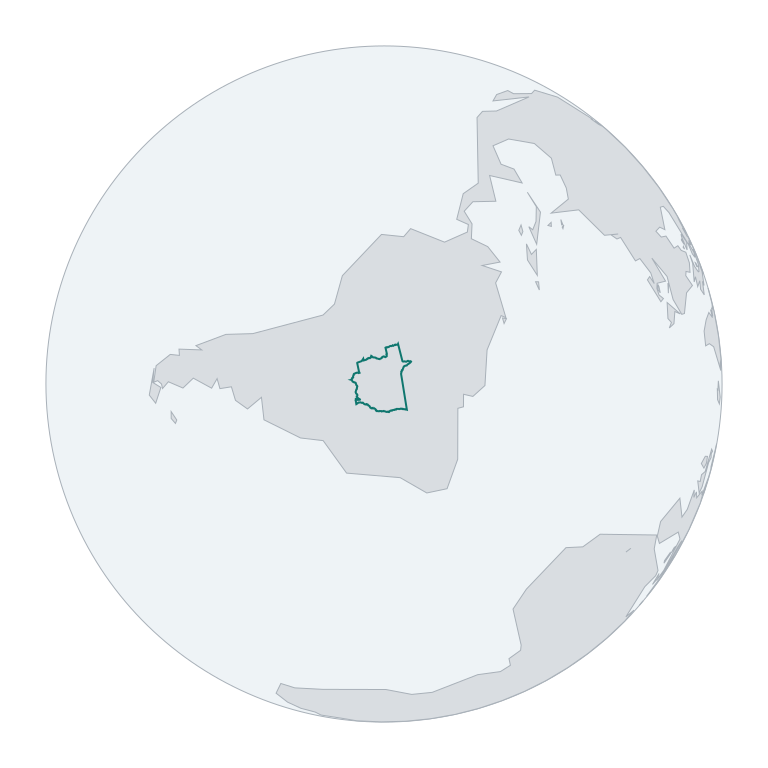 globe centered on Mato Grosso, rotated 77°
{"feature_id": "BRA-602", "entity_name": "Mato Grosso", "entity_type": "State", "adm_level": 1, "iso_a3": "BRA", "parent_name": "Brazil", "parent_adm1": "", "projection": "orthographic", "projection_center": [-55.436, -12.685], "detail": "fine", "context": "on_globe", "style": "outline", "palette": "teal", "viewbox_px": 768, "rotation_deg": 77, "n_neighbors": 0, "source": "natural_earth", "source_scale": "10m", "svg_char_len": 11066}
<svg xmlns="http://www.w3.org/2000/svg" viewBox="0 0 768 768"><g transform="rotate(77 384 384)"><circle cx="384" cy="384" r="338" fill="#eef3f6" stroke="#a8b0b8"/><path d="M278.9,62.8L279.6,62.7L286.1,60.6L291.5,59.5L301.0,57.0L299.0,58.2L308.4,55.4L308.4,55.0L312.6,53.9L318.2,52.7L316.6,53.5L313.5,54.2L315.9,53.9L312.7,55.0L317.5,53.9L314.8,55.7L325.7,52.4L330.5,52.6L326.5,54.3L316.1,56.1L281.0,67.8L273.7,71.9L273.9,75.0L296.8,75.6L293.2,80.1L296.3,84.7L303.2,80.8L303.3,76.0L316.9,70.8L315.4,66.6L320.7,64.3L323.5,60.3L334.6,59.2L344.0,60.7L342.3,64.4L346.3,65.6L357.4,61.3L363.2,68.7L382.9,75.4L383.1,78.2L366.7,83.3L342.9,84.0L321.6,94.7L347.1,86.5L347.3,95.2L352.2,96.6L359.1,96.0L363.6,92.5L366.1,95.7L341.8,103.9L339.1,101.0L346.9,98.1L335.7,99.1L319.3,106.5L320.6,111.3L294.4,120.5L295.1,124.4L289.7,129.3L290.5,122.1L288.7,135.7L258.1,155.1L255.1,182.7L245.3,162.8L234.0,162.3L220.0,165.3L219.1,169.6L201.7,170.1L183.5,183.4L173.3,207.5L176.4,224.2L196.2,220.5L203.8,209.0L219.2,204.2L204.6,234.2L231.1,233.9L226.4,256.4L233.7,267.0L247.8,262.2L262.1,266.2L273.5,252.0L291.3,243.5L290.6,261.7L301.2,244.3L310.6,252.5L346.7,250.3L343.7,254.5L374.0,275.9L408.2,286.0L416.1,300.2L411.9,308.8L424.1,311.7L424.3,317.5L473.9,329.1L500.2,346.1L499.8,366.8L478.9,389.3L462.4,440.5L425.5,456.0L417.8,477.5L391.9,509.0L369.4,506.4L377.6,522.6L366.5,532.4L352.4,533.3L351.6,544.9L341.2,545.4L349.3,552.9L335.4,568.5L342.7,580.8L333.3,593.6L338.6,600.8L333.9,600.8L329.8,603.8L330.5,608.0L314.9,601.9L307.1,585.6L310.1,576.9L303.9,575.9L309.8,553.9L304.3,558.6L300.1,526.9L305.4,500.5L303.1,427.9L295.0,414.3L269.1,400.2L237.7,352.8L244.9,331.7L238.6,323.1L259.4,293.1L254.7,268.6L247.6,265.9L239.9,276.1L216.4,264.0L209.5,247.0L145.3,233.4L140.5,226.7L143.3,213.0L136.9,178.1L132.7,214.1L127.3,209.1L125.9,197.4L130.3,192.5L134.2,174.9L131.6,171.1L143.5,150.4L173.3,120.8L172.0,122.9L179.3,116.5L181.4,113.9L181.0,113.9L186.1,110.1L207.8,95.6L230.7,82.9L254.4,71.9L278.9,62.8ZM251.7,192.9L282.2,203.8L263.3,207.5L267.2,204.4L259.8,199.3L245.5,195.7L229.4,201.2L251.7,192.9ZM268.9,175.1L263.5,174.7L269.0,173.9L268.9,175.1ZM179.7,114.8L180.7,114.4L176.3,118.7L174.7,119.3L179.7,114.8ZM317.2,61.3L320.2,60.8L318.1,61.8L317.2,61.3ZM315.5,60.2L310.8,61.8L309.3,61.6L312.2,60.6L315.5,60.2ZM321.6,58.5L307.2,61.0L304.7,60.8L313.6,57.2L321.6,58.5ZM306.0,55.4L306.2,55.8L300.9,56.7L306.0,55.4ZM303.9,55.7L301.6,56.4L287.0,60.3L303.9,55.7ZM317.1,52.8L313.8,53.5L309.1,54.5L310.1,54.3L317.1,52.8ZM326.9,50.9L330.0,50.4L318.6,52.6L319.5,52.3L323.5,51.5L326.9,50.9ZM348.5,48.5L342.8,49.1L343.3,48.8L348.5,48.5ZM345.0,48.3L347.8,48.0L347.7,48.1L335.9,49.5L345.0,48.3ZM342.0,615.2L316.8,604.4L330.4,609.0L337.2,602.2L351.4,610.8L342.0,615.2ZM363.0,597.6L372.5,594.0L375.5,596.1L369.7,599.1L363.0,597.6ZM636.6,159.5L636.3,159.2L647.0,171.9L649.9,175.8L632.9,156.2L627.6,150.2L603.6,129.0L609.1,134.7L632.1,155.6L629.0,153.0L636.6,162.6L628.4,153.2L601.7,130.5L594.5,130.6L601.3,151.5L593.7,151.9L580.2,145.4L561.8,121.4L580.7,123.6L574.4,116.7L557.0,105.5L564.2,107.6L559.4,103.8L565.2,104.9L560.0,98.2L563.9,99.3L548.9,89.5L548.8,89.1L557.7,94.7L565.9,99.8L571.1,102.6L594.5,119.7L616.4,138.7L636.6,159.5ZM562.5,97.1L540.6,84.6L538.2,84.0L522.1,75.8L516.9,73.3L540.2,84.3L562.5,97.1ZM706.0,486.4L702.0,495.9L692.4,519.8L688.2,524.8L681.3,537.9L672.3,549.5L661.0,558.7L652.6,551.9L660.0,539.3L667.8,512.2L682.1,450.9L692.7,426.8L695.3,406.4L688.3,358.1L690.4,335.3L686.5,324.1L679.7,324.0L674.2,310.8L669.3,309.1L632.3,308.9L615.9,291.4L584.4,243.5L587.4,226.9L579.0,207.2L592.5,152.2L605.4,157.8L627.4,159.0L631.9,162.4L640.1,175.4L665.3,200.7L660.6,191.2L669.2,202.8L681.7,224.1L692.5,246.1L701.7,268.9L709.3,292.4L715.1,316.3L719.1,340.5L721.4,365.0L721.9,389.6L720.6,414.2L717.5,438.6L712.6,462.7L706.0,486.4ZM599.6,180.4L602.1,185.9L602.1,186.0L599.6,180.4ZM347.9,250.0L352.1,253.4L346.3,253.7L347.9,250.0ZM259.9,214.7L266.7,214.4L270.0,216.7L264.6,218.1L259.9,214.7ZM319.2,210.4L327.4,211.5L318.5,213.3L319.2,210.4ZM287.1,205.3L312.6,210.2L295.4,216.3L279.5,213.7L290.9,211.2L287.1,205.3ZM264.1,184.8L268.1,185.5L266.4,188.6L264.1,184.8ZM272.9,174.7L271.2,175.1L269.5,173.0L272.9,174.7ZM348.7,94.7L350.7,94.2L357.3,94.3L353.6,95.8L348.7,94.7ZM390.4,87.9L393.6,93.4L388.7,90.1L384.1,92.6L368.3,89.8L382.4,79.5L378.8,84.3L390.4,87.9ZM351.0,84.4L359.5,86.5L349.6,84.7L351.0,84.4ZM527.3,85.1L533.6,87.6L537.9,91.2L532.9,92.7L526.7,87.2L527.3,85.1ZM541.6,90.8L521.2,79.4L523.4,79.0L525.6,80.9L529.2,81.8L533.6,85.4L555.8,97.2L561.0,101.4L549.0,100.1L550.1,97.8L543.8,95.0L541.6,90.8ZM464.9,60.0L456.1,57.5L472.4,59.4L478.8,61.7L474.3,62.5L464.1,60.4L464.9,60.0ZM340.1,52.8L335.7,53.5L336.2,53.0L340.3,52.0L340.1,52.8ZM345.8,48.8L360.0,50.0L355.6,50.6L369.2,51.9L362.9,54.2L354.4,53.1L359.7,56.4L349.5,56.4L354.4,58.8L336.0,56.1L327.0,57.0L339.4,54.9L345.4,52.5L345.3,51.8L338.2,50.8L321.9,52.6L325.2,51.4L331.9,50.2L336.3,49.6L332.8,50.3L341.3,49.0L339.5,49.7L345.8,48.8ZM436.8,50.2L437.8,50.4L435.3,50.1L440.5,51.1L436.3,50.5L446.1,52.5L437.6,51.0L439.6,51.8L446.7,52.8L421.8,54.4L417.9,57.9L419.2,62.0L404.5,60.2L394.0,55.7L387.4,51.4L393.2,49.0L385.5,49.1L386.1,48.3L391.9,48.5L383.3,47.7L385.3,47.2L379.4,46.3L365.6,46.6L363.5,46.7L388.0,46.1L412.5,47.3L436.8,50.2ZM630.5,158.6L632.8,160.1L634.9,161.0L639.7,167.5L630.5,158.6ZM612.6,143.0L613.7,142.9L621.6,151.5L619.2,150.4L612.6,143.0ZM607.6,136.0L613.2,142.2L608.8,138.2L607.6,136.0ZM558.1,94.7L558.5,94.7L561.1,96.3L564.0,98.3L558.1,94.7ZM657.0,184.9L654.7,182.0L653.5,180.2L656.5,184.2L657.0,184.9Z" fill="#d9dde1" stroke="#a8b0b8" stroke-width="1"/><path d="M366.9,405.6L357.5,405.4L357.3,405.3L357.2,405.1L356.7,400.9L356.7,400.7L355.0,398.8L354.7,398.5L356.5,398.5L356.5,398.4L356.3,395.7L356.0,395.4L355.9,395.2L356.0,395.2L356.0,394.9L355.8,394.5L355.7,394.0L355.4,393.8L355.3,393.7L355.3,393.2L355.2,393.0L355.3,392.6L355.5,392.5L355.7,391.9L355.6,391.7L355.4,391.5L355.3,391.4L355.2,390.8L354.6,390.7L354.2,390.4L353.7,390.1L354.1,389.7L355.1,389.0L355.5,388.8L355.7,388.6L355.8,387.7L356.3,386.8L356.3,386.4L356.7,385.9L356.9,385.8L357.3,385.7L357.5,385.4L357.8,384.4L358.3,383.8L358.8,382.6L358.7,382.5L358.5,382.1L358.4,381.7L358.4,380.9L358.1,380.5L357.8,379.7L357.6,379.6L357.4,379.7L357.2,379.3L357.2,379.0L357.1,378.7L357.0,378.2L357.1,377.8L357.6,377.4L357.7,377.2L357.8,376.9L358.1,376.7L357.9,375.9L357.8,375.5L357.6,375.1L357.2,375.0L356.8,374.9L356.5,375.0L356.2,374.9L355.9,374.8L355.5,375.0L355.1,374.7L355.1,374.4L349.1,374.4L348.9,374.4L348.8,374.2L348.9,373.7L348.8,373.2L349.0,373.2L349.1,372.8L349.1,372.7L348.9,372.6L349.1,371.1L348.8,370.7L348.5,370.1L348.5,369.7L348.4,369.4L348.4,368.9L348.7,368.5L348.6,368.2L348.7,367.8L348.6,367.2L348.4,367.0L348.7,366.8L348.9,366.4L348.7,366.0L348.5,365.4L348.5,365.1L348.4,364.9L348.2,364.7L348.2,364.3L348.2,364.1L348.6,364.0L348.6,363.9L348.4,363.5L348.4,363.3L348.6,362.7L348.8,362.1L348.7,361.8L348.1,361.3L365.9,360.9L366.3,360.6L366.4,360.2L366.6,359.7L366.5,359.0L366.7,358.7L366.9,358.2L367.1,357.9L367.1,357.7L367.3,357.1L367.1,356.5L366.8,355.8L366.8,355.4L367.0,355.2L367.3,354.9L367.4,354.6L367.7,354.3L367.8,354.0L367.7,353.6L367.7,353.1L368.2,352.6L368.7,353.0L369.1,353.7L369.4,354.3L369.6,354.7L369.7,355.1L370.0,355.7L370.0,356.1L370.2,356.4L370.3,356.7L370.6,357.1L370.7,357.3L371.1,357.7L371.1,357.8L371.0,358.4L371.0,358.8L370.9,359.1L371.1,359.4L371.1,359.7L371.1,360.0L371.3,360.3L371.4,360.8L371.5,360.9L372.1,361.1L372.7,361.6L372.8,361.8L373.1,362.0L374.4,362.6L374.4,362.8L374.5,363.0L374.5,363.5L374.8,363.7L375.3,363.7L375.8,363.9L376.0,364.1L376.1,364.5L376.8,364.5L377.0,364.6L377.3,364.7L377.5,364.9L378.0,365.1L386.0,365.6L408.0,367.1L414.2,367.5L413.9,368.0L413.8,368.6L413.4,369.0L413.2,369.3L413.3,369.7L413.1,370.2L413.0,370.5L412.6,370.9L412.6,371.3L412.4,371.5L412.5,371.7L412.4,371.8L412.3,372.0L412.2,372.0L412.0,372.3L412.1,372.6L412.1,372.9L412.0,373.1L411.8,373.3L411.9,373.6L411.8,373.9L411.9,374.7L411.9,374.8L411.7,374.9L411.6,375.2L411.5,375.8L411.4,376.1L411.1,377.1L411.1,377.3L411.3,377.6L411.6,377.8L411.6,378.2L411.3,378.5L411.2,378.7L411.3,378.9L411.4,379.4L411.6,379.6L411.5,379.8L411.5,380.0L411.4,380.2L411.4,380.5L411.4,381.3L411.6,381.6L411.7,381.8L411.7,382.0L411.7,382.8L411.6,383.2L411.5,383.5L411.5,383.8L411.4,383.7L411.4,383.8L411.6,384.1L411.8,385.0L412.0,385.0L412.4,385.2L412.5,385.4L412.3,385.9L412.3,386.0L412.0,386.2L412.0,386.3L411.8,386.5L411.9,386.8L411.8,387.3L411.9,387.5L411.7,387.9L411.4,388.3L411.3,388.7L410.8,389.2L410.7,389.7L410.6,390.1L410.4,390.2L410.2,390.3L410.2,390.9L410.3,391.2L410.2,391.5L410.1,391.8L410.2,392.2L410.2,392.4L410.2,392.5L409.8,392.7L409.8,392.9L409.6,393.4L409.5,393.7L409.5,393.9L409.3,394.3L409.5,394.9L409.4,395.2L409.4,395.3L409.2,395.7L409.1,395.8L408.9,396.3L408.9,396.7L408.7,396.8L408.7,397.2L408.5,397.3L408.3,397.6L407.9,397.9L407.7,397.9L407.5,397.7L407.4,397.6L406.9,397.8L406.7,398.0L406.3,398.2L406.0,398.6L405.8,398.7L405.5,398.9L405.5,399.0L405.5,399.4L405.4,399.5L405.4,400.0L405.2,400.2L405.2,400.6L404.9,400.9L404.9,401.0L404.7,400.9L404.7,401.0L404.8,401.2L404.8,401.4L404.5,402.0L404.3,402.3L404.2,402.5L403.7,402.5L403.3,402.9L402.6,403.0L402.2,403.1L401.7,403.6L401.6,403.9L401.4,403.9L401.0,404.1L400.9,404.3L400.4,404.5L400.4,405.0L399.8,405.2L399.6,405.4L399.6,405.8L399.9,406.1L399.8,406.7L399.5,407.1L399.4,407.4L398.8,408.0L398.0,408.4L397.6,408.7L397.7,408.8L397.5,409.4L397.5,409.7L397.4,409.9L397.3,410.0L397.0,410.4L396.8,410.8L396.6,411.0L396.6,411.6L396.5,411.9L396.5,412.4L396.4,412.5L396.3,413.0L396.4,413.3L396.9,414.1L397.1,414.7L397.4,415.5L396.8,415.5L396.0,415.3L395.3,415.3L395.2,415.4L394.3,415.3L393.6,415.4L393.4,415.3L392.8,415.0L392.4,414.9L392.2,414.9L392.1,414.7L392.5,414.2L392.7,413.8L392.8,413.6L393.4,413.3L393.5,413.3L393.7,412.4L393.7,412.0L393.9,411.3L393.9,411.0L393.8,410.9L393.4,411.0L393.1,411.3L392.9,411.6L392.4,412.1L391.8,412.5L391.6,412.9L391.3,413.1L391.0,413.1L390.7,413.2L390.2,413.4L389.9,413.4L389.7,412.8L389.1,412.5L388.7,412.4L388.2,412.5L387.8,412.6L387.7,412.7L387.5,413.0L386.9,413.3L386.6,413.3L386.0,413.4L385.4,413.5L384.8,413.1L384.5,412.9L383.4,412.4L383.2,412.1L383.1,411.8L382.9,411.7L382.5,411.5L382.3,411.6L382.0,411.5L381.7,411.2L380.9,411.0L380.7,410.7L380.2,410.5L379.5,410.7L379.0,411.1L378.8,411.1L378.5,411.3L378.3,411.3L378.0,411.2L377.1,411.3L376.6,411.3L376.4,411.4L376.3,411.7L376.1,411.8L376.0,412.3L375.8,412.6L375.3,412.9L375.3,413.3L374.7,413.9L374.5,414.1L374.1,414.1L373.8,414.3L372.9,414.5L372.6,415.0L372.6,414.7L372.4,414.6L371.8,414.3L371.8,414.0L371.7,413.8L371.2,413.8L370.9,413.6L370.8,412.7L370.6,412.5L370.4,412.5L370.1,412.5L369.9,412.5L369.5,412.4L369.3,412.2L369.0,412.1L368.7,411.8L368.4,411.7L368.3,411.4L368.1,411.4L367.9,411.2L367.6,411.2L367.4,411.1L367.3,410.9L367.3,410.2L367.1,409.8L367.1,409.4L367.0,409.2L366.9,408.9L367.0,408.6L366.8,407.7L366.9,407.3L367.5,406.6L367.6,406.4L367.4,406.2L367.5,406.1L367.6,405.9L367.6,405.3L367.3,405.3L367.1,405.5L366.9,405.6Z" fill="none" stroke="#0f766e" stroke-width="2"/></g></svg>